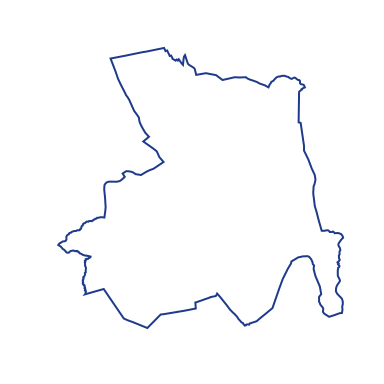 Francisco I. Madero, Hidalgo, Mexico, rotated 260°
{"feature_id": "50627088B57086733135825", "entity_name": "Francisco I. Madero", "entity_type": "district", "adm_level": 2, "iso_a3": "MEX", "parent_name": "Mexico", "parent_adm1": "Hidalgo", "projection": "orthographic", "projection_center": [-99.084, 20.241], "detail": "fine", "context": "isolated", "style": "outline", "palette": "blue", "viewbox_px": 384, "rotation_deg": 260, "n_neighbors": 0, "source": "geoboundaries", "source_scale": "gbopen_adm2", "svg_char_len": 5834}
<svg xmlns="http://www.w3.org/2000/svg" viewBox="0 0 384 384"><g transform="rotate(260 192 192)"><path d="M45.3,305.4L45.8,309.4L47.0,316.5L46.8,318.6L47.8,319.0L49.1,319.5L50.6,319.8L53.4,320.1L55.2,321.0L56.4,321.2L57.3,321.4L59.2,321.4L61.4,320.9L62.7,319.9L66.6,317.3L69.2,316.5L72.0,317.1L73.4,317.7L75.7,319.3L76.2,320.0L77.5,321.2L78.3,322.0L79.0,322.3L80.7,322.1L83.7,321.1L85.3,321.2L89.8,322.0L91.0,322.6L91.9,322.7L92.5,323.8L93.5,324.4L94.0,324.2L95.2,323.3L95.9,324.1L96.2,324.1L97.0,323.1L97.3,323.0L97.5,323.0L98.8,325.2L99.4,325.7L99.9,325.7L100.4,325.4L101.3,325.3L104.0,325.6L104.8,326.5L106.7,326.7L108.2,327.2L109.0,328.0L110.3,328.0L111.7,327.8L112.8,327.2L114.1,327.0L114.9,327.0L115.9,327.5L118.4,329.9L119.5,331.1L120.7,332.9L122.7,332.6L124.6,331.6L126.0,329.4L126.5,327.0L126.6,325.4L127.4,325.0L128.3,324.3L128.6,323.7L128.3,323.0L128.7,320.7L129.7,320.2L130.4,319.7L130.7,319.1L130.9,317.9L130.8,315.6L131.3,313.0L141.7,311.9L150.8,311.2L156.6,310.5L166.6,311.0L169.1,311.1L170.8,311.4L176.6,312.8L178.4,314.0L182.3,315.6L183.3,315.8L187.7,315.8L194.3,314.0L203.9,312.2L213.3,309.5L217.8,310.3L241.2,311.0L242.1,309.1L271.8,314.8L272.2,315.0L272.5,315.4L273.0,316.5L273.9,317.7L273.9,317.9L274.2,317.8L274.9,319.3L275.4,321.3L276.7,321.0L277.1,321.0L277.8,320.8L278.2,320.4L278.6,319.7L279.2,318.2L279.8,317.5L280.1,317.4L280.5,317.3L282.7,317.6L283.3,317.3L283.7,316.9L283.8,316.0L285.5,314.3L286.1,313.9L286.6,313.4L286.9,312.7L286.5,311.0L286.2,310.3L286.2,309.5L286.7,308.7L287.7,307.5L288.6,306.8L289.5,304.7L290.4,303.3L290.8,300.2L290.4,298.9L290.4,298.6L290.7,298.1L290.5,296.0L290.2,295.1L288.4,292.5L287.8,292.0L287.5,291.6L286.6,289.1L285.3,288.3L284.9,287.8L284.4,287.1L283.4,286.6L282.8,286.0L281.8,285.5L284.5,282.1L286.4,278.7L286.9,277.7L287.9,276.4L289.1,275.0L291.2,271.3L292.9,268.1L294.2,266.3L295.7,264.9L296.5,258.8L297.6,254.0L297.0,241.5L302.9,236.0L306.6,226.3L306.6,216.5L312.3,216.1L313.0,215.9L314.2,215.1L317.9,211.0L319.0,210.3L319.7,210.1L328.0,208.9L326.8,207.7L324.8,206.9L318.8,205.2L320.5,204.1L325.1,202.0L324.4,200.9L324.0,200.7L325.1,199.8L324.6,198.9L324.3,198.6L326.6,195.9L327.0,196.0L327.5,195.9L330.0,195.1L329.8,193.7L331.4,193.3L332.7,192.9L335.7,192.1L335.3,190.4L338.7,189.5L338.2,171.1L338.3,167.4L337.8,149.8L337.6,135.0L334.4,135.6L323.6,137.7L316.4,138.8L310.2,140.5L300.8,143.4L299.0,143.8L298.1,144.2L296.9,144.9L293.6,146.2L281.9,149.1L279.4,150.4L274.9,152.5L274.3,152.6L271.5,152.5L269.8,152.6L267.3,153.2L265.5,153.7L262.6,154.7L258.4,156.3L253.9,159.2L250.2,152.8L241.6,161.3L238.6,164.0L237.7,164.5L232.0,165.9L226.5,169.2L221.7,158.4L221.4,157.3L220.9,154.3L219.9,150.7L217.6,144.7L219.4,139.5L220.5,138.5L221.7,137.1L222.6,135.5L223.5,132.8L223.8,131.5L223.9,130.7L222.2,126.9L218.6,128.4L217.7,127.2L215.9,124.1L215.3,122.6L215.2,119.6L216.4,113.4L216.6,111.6L216.2,109.4L214.5,107.3L212.9,106.7L209.8,106.0L200.6,105.3L194.8,104.6L192.4,104.4L188.0,103.2L182.1,101.3L183.0,98.1L183.0,96.9L182.9,95.9L183.0,95.4L182.9,94.7L183.0,94.5L183.1,94.1L182.4,93.2L182.5,92.4L182.4,92.0L182.0,91.6L181.8,91.3L181.9,90.5L181.3,89.5L181.0,89.2L181.0,88.9L180.7,88.4L180.9,88.2L181.2,86.1L181.2,85.5L180.8,84.9L180.7,84.6L180.9,84.0L181.1,83.6L181.1,83.0L180.5,81.9L179.9,81.2L179.8,79.7L179.2,79.0L178.3,78.8L177.9,78.4L177.8,77.9L177.5,77.5L177.0,77.1L176.7,77.1L176.5,76.9L175.6,76.6L175.0,76.2L174.8,75.8L174.7,75.1L174.1,74.9L173.9,74.7L173.9,73.8L174.2,73.1L174.2,72.5L174.1,71.9L173.8,71.4L173.8,70.7L173.9,70.2L174.0,68.5L173.8,67.8L173.6,66.5L173.0,66.0L172.9,64.3L172.6,63.8L171.7,63.4L171.4,62.0L170.5,61.0L169.8,60.5L167.0,60.1L165.9,59.2L165.6,58.2L165.7,56.2L165.2,54.7L164.8,54.0L164.5,53.2L164.5,52.7L163.0,51.1L160.9,53.4L158.0,55.1L157.3,56.1L154.2,58.0L153.8,59.0L153.7,60.3L154.3,61.0L154.9,62.2L155.0,62.7L155.0,63.1L154.9,63.5L155.0,65.0L154.8,65.5L154.1,66.3L154.1,66.9L153.8,67.7L154.0,68.0L154.0,68.5L153.8,68.9L153.5,69.1L153.1,69.1L152.8,69.7L152.1,70.5L151.8,70.6L151.2,70.6L151.0,71.1L150.2,72.4L149.8,72.9L149.4,73.1L149.0,73.6L148.8,74.3L148.4,74.8L147.7,76.4L147.7,77.2L147.3,77.7L147.2,78.4L146.8,78.8L146.8,79.2L146.0,80.9L145.5,80.7L145.2,80.3L144.9,79.5L144.7,78.6L144.5,78.2L144.2,78.0L144.2,77.6L144.5,77.1L144.2,76.7L143.9,76.4L144.2,75.7L143.4,75.5L143.2,75.3L143.0,74.6L142.6,74.6L141.8,74.9L141.5,74.8L141.4,74.3L141.2,74.2L139.5,74.2L138.8,74.1L138.4,73.9L137.7,73.9L136.2,74.4L135.9,74.4L134.0,74.0L133.1,73.6L131.6,73.5L131.2,73.3L130.9,72.5L129.0,72.2L127.6,71.2L127.0,70.1L126.1,70.4L125.5,70.1L125.2,69.7L124.6,69.7L124.2,69.1L123.6,69.2L123.1,68.9L122.3,69.1L121.9,69.2L121.7,69.1L121.5,68.7L120.9,68.5L120.6,68.5L120.1,68.7L119.7,69.0L119.6,69.4L119.4,69.5L118.9,69.3L118.6,70.0L117.5,69.8L117.0,70.0L116.5,70.1L116.3,70.0L116.0,69.4L115.7,69.4L115.3,69.7L115.3,69.9L115.1,70.1L114.4,70.1L114.2,69.7L113.7,69.5L113.5,70.0L113.4,70.1L112.9,70.0L112.6,70.3L111.6,69.8L110.5,69.9L110.3,69.7L110.3,69.3L109.8,68.8L111.8,88.2L79.2,102.9L77.0,106.2L75.1,109.4L74.8,110.1L65.8,124.4L76.8,139.9L76.6,142.8L76.4,163.8L76.6,175.5L82.6,176.1L82.6,176.7L85.1,191.9L85.3,192.0L85.4,197.3L85.8,197.8L87.6,199.1L83.9,201.4L74.4,206.6L69.6,209.0L66.1,211.4L64.5,212.7L61.2,214.8L58.7,215.8L56.6,217.2L55.1,218.0L54.3,219.2L53.8,219.6L53.0,219.7L52.4,220.0L52.0,220.5L51.3,220.7L51.3,221.6L51.4,222.0L51.9,222.2L52.0,223.7L51.5,225.3L52.5,226.0L53.5,233.2L56.4,238.1L59.2,243.2L63.7,251.1L82.4,261.5L90.6,266.3L99.8,273.1L104.4,277.1L106.3,277.8L109.2,285.3L109.2,288.1L109.4,289.4L109.0,292.7L108.7,294.8L107.7,296.2L104.9,297.8L103.6,298.0L102.5,298.5L101.4,298.4L99.9,298.5L98.4,299.5L96.3,298.7L94.6,298.4L90.8,298.7L87.6,299.0L76.7,301.5L69.0,301.5L66.6,298.9L61.8,298.1L60.4,298.6L58.9,298.8L55.7,300.6L54.5,301.0L53.1,300.7L51.3,300.1L49.2,301.1L45.3,305.4Z" fill="none" stroke="#1e3a8a" stroke-width="2"/></g></svg>